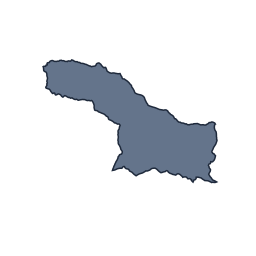 Shingkhar, Shemgang, Bhutan (Robinson projection), rotated 117°
{"feature_id": "84629894B47600985586733", "entity_name": "Shingkhar", "entity_type": "district", "adm_level": 2, "iso_a3": "BTN", "parent_name": "Bhutan", "parent_adm1": "Shemgang", "projection": "robinson", "projection_center": [90.924, 27.213], "detail": "fine", "context": "isolated", "style": "filled", "palette": "slate", "viewbox_px": 256, "rotation_deg": 117, "n_neighbors": 0, "source": "geoboundaries", "source_scale": "gbopen_adm2", "svg_char_len": 5784}
<svg xmlns="http://www.w3.org/2000/svg" viewBox="0 0 256 256"><g transform="rotate(117 128 128)"><path d="M172.9,122.6L171.4,120.7L169.1,118.9L167.8,117.3L167.3,116.5L166.9,115.6L166.4,115.1L166.1,115.0L165.8,115.1L165.0,114.9L164.3,114.4L164.0,113.9L164.0,113.6L164.3,113.4L164.9,112.3L165.1,111.2L164.6,109.4L164.6,108.5L165.4,107.4L165.6,107.0L165.6,104.4L166.5,101.7L166.9,99.3L166.7,98.9L165.5,98.3L163.8,97.1L161.4,94.6L159.1,93.1L158.3,92.8L157.4,91.1L156.5,90.3L155.6,89.5L154.8,89.1L153.7,88.7L153.1,88.2L152.0,86.6L151.5,85.6L151.6,83.8L152.4,81.3L152.7,80.0L152.9,78.4L152.2,77.5L150.9,76.3L149.9,75.0L149.3,74.8L148.5,74.3L148.3,73.6L148.4,73.0L149.1,71.8L149.3,69.8L149.0,68.4L149.1,67.5L149.0,66.9L148.7,66.1L148.7,65.7L148.5,65.1L148.3,64.1L146.6,63.3L146.0,62.7L145.9,62.3L145.8,60.6L146.4,58.4L146.6,57.6L147.1,56.8L146.3,56.1L145.3,54.3L145.3,53.3L145.7,52.4L146.1,51.9L145.8,51.0L145.2,50.3L145.0,49.7L145.1,49.3L145.3,47.9L145.8,47.9L146.0,47.6L146.7,45.5L145.8,45.5L144.7,45.7L144.3,45.5L143.6,44.7L143.0,44.5L142.0,44.4L140.9,44.9L140.0,43.3L139.3,40.1L139.7,38.4L139.8,36.8L140.0,35.8L139.0,33.5L138.6,32.2L138.7,31.0L138.5,30.2L138.7,28.9L138.1,28.2L137.5,26.8L137.1,25.8L136.4,25.0L135.8,24.5L135.7,26.2L135.8,29.1L135.4,29.9L134.8,30.9L134.4,31.7L134.2,32.5L133.1,34.2L132.9,34.6L132.5,35.1L132.2,35.2L129.2,35.1L127.8,35.5L127.4,35.9L126.6,37.6L125.6,38.3L124.8,39.4L123.8,39.5L123.3,39.4L123.0,39.2L122.4,38.5L122.1,38.5L120.4,39.0L120.3,38.8L120.3,38.1L119.8,37.4L119.5,37.2L118.6,37.0L117.9,36.7L116.1,36.7L113.0,37.4L112.3,39.2L112.0,39.5L112.1,40.8L112.0,41.1L111.6,41.6L111.4,42.3L110.9,42.6L110.4,42.7L108.3,42.7L106.5,42.9L102.5,42.5L99.4,42.9L98.3,43.2L98.1,43.8L97.8,43.9L96.4,44.6L95.2,45.5L94.7,45.7L92.9,46.7L91.4,47.8L90.9,48.7L90.4,49.6L89.2,50.7L88.2,51.4L86.4,52.1L85.4,52.1L84.8,52.4L84.7,52.2L84.2,53.0L84.2,54.4L84.3,55.3L84.5,55.8L84.8,56.4L85.5,56.7L86.3,58.2L87.3,58.4L88.4,59.0L89.3,59.8L89.9,59.9L90.0,60.1L90.4,60.7L90.8,61.8L90.9,62.5L92.2,64.6L92.5,68.2L93.4,69.6L93.6,70.1L94.5,71.5L95.0,71.7L95.4,72.4L95.8,73.2L96.2,73.7L96.9,74.6L97.3,74.8L97.6,75.4L97.7,75.9L98.0,76.4L98.0,76.8L97.8,77.9L98.3,78.6L98.5,80.9L99.1,82.3L99.3,83.0L99.1,84.1L99.4,84.6L99.7,85.8L99.3,86.7L99.2,87.4L98.8,87.9L98.3,89.2L98.2,89.9L98.4,90.2L98.5,90.8L97.2,92.5L96.7,93.5L96.7,94.3L96.5,94.8L96.5,95.2L96.6,96.2L96.4,96.7L96.1,97.0L95.9,98.3L95.2,99.9L94.9,100.1L94.8,100.3L94.6,101.7L94.6,102.2L95.0,103.2L96.1,104.6L96.2,105.3L97.2,108.4L97.5,112.4L97.7,113.8L98.1,115.6L98.6,119.0L98.6,120.6L97.9,121.3L97.1,122.9L94.9,125.8L93.6,127.1L93.2,127.7L92.8,128.7L92.6,130.1L92.7,131.5L93.5,134.7L93.6,136.1L93.6,137.3L93.3,138.1L91.9,139.6L90.7,141.4L89.6,143.5L88.8,144.0L88.3,144.8L87.8,146.5L87.2,147.6L86.5,150.0L86.2,152.6L86.0,153.7L86.4,154.4L86.5,154.9L86.5,155.4L85.8,156.2L85.0,157.0L84.5,158.1L83.7,159.0L83.1,159.8L84.2,161.5L84.6,163.0L85.0,163.7L85.0,164.4L85.3,165.3L85.7,166.3L86.7,167.6L86.9,168.3L87.1,169.8L86.9,172.1L86.5,172.8L85.2,174.1L84.2,175.4L84.2,175.7L84.4,176.1L85.2,176.7L85.3,177.1L84.4,179.7L83.6,181.1L83.2,183.2L83.5,183.9L83.8,184.2L84.4,184.8L84.8,185.0L85.3,185.2L86.7,185.1L87.7,185.5L88.0,185.8L89.1,187.4L90.0,188.5L89.9,189.9L90.2,190.4L90.3,192.7L90.3,194.1L90.7,195.5L90.7,196.6L91.2,198.2L91.7,199.2L91.8,199.6L91.5,200.7L91.8,201.4L92.1,202.1L92.0,203.6L92.6,204.4L92.7,205.0L92.9,205.8L92.9,206.3L92.6,207.0L92.8,208.3L92.8,209.0L94.3,209.5L94.6,209.7L94.8,210.0L95.0,211.0L95.2,211.4L95.6,211.9L96.0,212.2L96.3,212.2L96.6,213.1L97.2,214.2L97.3,214.6L97.2,215.3L97.2,215.7L97.4,216.3L97.9,217.1L98.0,217.6L97.9,218.2L98.3,218.7L98.8,219.5L99.2,219.6L100.1,220.3L100.5,221.3L101.3,222.1L101.8,223.4L102.1,223.9L102.1,225.6L102.2,226.0L102.5,226.5L103.5,227.5L104.1,227.8L105.4,227.9L105.7,228.2L105.9,228.7L106.6,229.4L107.4,229.4L108.3,228.6L108.6,228.7L109.0,229.4L109.4,229.6L110.1,229.4L110.6,229.6L111.1,230.9L111.9,231.5L112.6,230.7L114.9,229.3L115.2,228.9L115.5,228.2L115.4,226.9L115.4,226.5L115.9,225.6L116.8,224.8L118.4,223.9L119.5,222.8L120.1,222.4L120.7,222.1L123.0,221.6L123.5,221.3L124.2,220.5L124.6,220.3L125.7,220.4L126.4,219.7L126.7,219.6L128.7,219.8L129.3,219.6L129.5,219.4L129.6,218.8L129.4,217.1L129.2,216.3L129.3,215.3L129.8,214.2L130.4,213.5L130.7,212.8L131.5,211.0L131.4,210.7L131.1,210.4L130.5,210.0L130.3,209.5L130.3,209.1L131.3,208.0L131.4,207.6L131.4,207.4L130.7,206.6L129.8,206.0L129.2,205.5L129.1,205.2L129.0,203.2L129.3,202.6L129.8,201.7L130.0,200.8L130.1,200.2L129.9,199.9L128.0,199.2L127.8,198.9L127.7,198.1L127.9,195.0L127.4,194.3L127.5,192.7L126.6,191.6L126.8,189.5L126.7,188.4L126.5,187.8L125.8,187.0L125.7,186.6L125.9,185.1L125.8,184.8L124.3,183.0L123.0,181.1L122.9,180.6L122.3,179.4L122.2,177.5L122.0,176.6L121.5,175.9L121.1,175.2L121.0,174.3L120.9,173.9L120.1,173.1L120.1,172.4L121.0,170.8L122.4,169.2L123.4,168.3L125.4,167.4L126.0,166.8L127.1,165.9L127.2,165.4L127.2,165.2L126.6,163.3L126.6,162.7L126.9,162.2L127.0,161.4L126.8,160.3L126.7,158.1L126.5,156.3L126.5,155.6L126.8,153.9L127.3,152.7L127.2,151.7L127.2,151.2L127.7,150.4L128.9,149.3L129.1,148.5L128.9,146.6L129.0,144.7L129.1,143.8L129.6,142.4L129.2,141.4L129.2,140.2L129.3,139.3L129.2,138.9L128.7,138.2L128.5,137.7L129.1,136.3L129.4,136.1L130.5,136.2L132.8,135.5L133.3,135.4L133.8,135.6L135.0,135.6L136.4,134.9L136.5,134.6L136.8,134.3L138.0,134.2L138.4,134.0L140.4,132.5L143.3,131.5L143.7,131.3L144.5,130.5L145.1,130.3L146.4,129.5L147.0,128.7L147.1,128.2L148.9,125.8L149.8,125.1L150.4,124.5L151.2,122.9L151.6,122.4L152.5,122.0L153.1,121.9L154.2,121.9L154.6,122.5L155.7,123.4L156.1,123.4L156.6,123.3L157.9,123.7L158.7,123.6L159.2,123.3L161.7,123.2L163.5,123.4L164.3,123.3L166.2,123.3L167.1,123.1L168.4,123.2L170.2,122.9L171.2,122.9L172.9,122.6Z" fill="#64748b" stroke="#1e293b" stroke-width="1.5"/></g></svg>